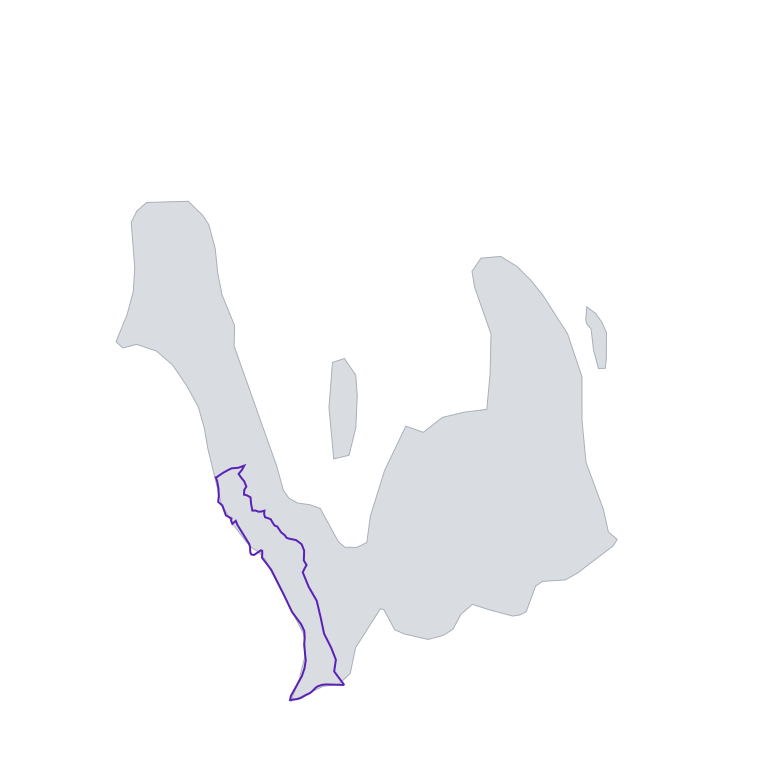 Haiti, with Sud-Est highlighted, rotated 64°
{"feature_id": "HTI-1389", "entity_name": "Sud-Est", "entity_type": "Department", "adm_level": 1, "iso_a3": "HTI", "parent_name": "Haiti", "parent_adm1": "", "projection": "robinson", "projection_center": [-72.47, 18.22], "detail": "fine", "context": "in_parent", "style": "outline", "palette": "violet", "viewbox_px": 768, "rotation_deg": 64, "n_neighbors": 0, "source": "natural_earth", "source_scale": "10m", "svg_char_len": 2761}
<svg xmlns="http://www.w3.org/2000/svg" viewBox="0 0 768 768"><g transform="rotate(64 384 384)"><path d="M625.9,242.6L630.0,249.1L638.7,292.8L639.6,306.8L630.9,328.0L632.1,336.4L650.9,355.9L651.2,362.9L649.0,370.0L633.0,388.5L620.8,401.2L624.7,415.8L634.7,429.6L635.9,441.1L632.9,456.4L617.6,475.3L609.6,482.1L586.9,483.0L584.4,485.7L595.7,504.2L608.5,525.1L629.4,541.3L634.1,556.6L629.1,571.2L628.3,606.9L612.3,589.6L594.7,575.0L584.1,569.4L573.2,565.8L489.4,567.7L480.1,570.2L472.8,574.9L464.9,577.2L441.9,581.5L419.0,582.5L365.5,570.8L344.3,564.7L323.0,560.9L298.5,562.2L274.1,565.7L254.6,574.1L239.9,589.0L237.2,602.8L228.5,606.3L208.8,584.3L190.8,568.7L170.2,557.0L127.8,540.3L120.1,530.1L116.8,517.8L134.0,479.8L153.4,472.9L164.1,471.6L188.1,476.3L211.6,484.9L233.0,490.5L266.1,492.7L284.1,502.1L411.3,516.5L435.5,521.1L444.9,519.5L453.1,513.8L460.0,503.6L467.8,495.9L505.6,494.2L513.5,490.8L519.0,480.1L518.9,468.9L496.7,454.1L462.0,421.4L431.5,382.9L444.6,369.9L439.6,346.2L444.5,324.2L451.8,302.7L421.6,284.3L386.0,265.9L336.5,260.1L321.3,255.5L313.4,241.7L320.5,223.2L336.6,213.0L355.0,206.6L373.8,202.3L419.2,197.0L464.3,202.9L503.3,221.9L542.9,236.8L592.9,241.8L615.4,247.2L625.9,242.6ZM432.7,446.7L429.3,462.0L381.1,443.8L342.0,420.8L343.7,408.4L363.6,405.5L382.8,413.2L411.0,428.5L432.7,446.7ZM459.2,173.3L466.9,178.3L464.0,184.5L445.0,180.7L425.3,173.7L418.9,175.5L414.9,174.6L403.5,167.9L413.6,162.8L424.0,161.1L435.3,161.5L459.2,173.3Z" fill="#d9dde1" stroke="#a8b0b8" stroke-width="1"/><path d="M637.2,551.6L637.0,551.8L628.7,567.6L627.2,571.7L626.7,576.0L626.9,578.0L629.0,584.2L629.4,586.7L629.3,590.3L629.7,596.6L629.1,600.3L626.8,606.9L623.7,604.6L610.5,585.8L604.7,580.1L598.1,575.5L583.2,570.0L577.1,566.4L571.0,563.9L563.6,563.8L548.5,566.6L528.9,566.4L501.4,566.8L486.6,569.8L482.8,567.6L480.5,566.6L479.5,567.5L480.7,575.8L479.0,578.0L476.8,578.0L471.6,575.8L468.7,575.3L446.5,577.5L442.0,577.2L442.3,578.2L442.9,580.6L443.2,581.6L440.4,581.4L439.3,581.1L438.0,580.0L432.8,583.7L422.3,582.6L417.2,584.7L412.3,581.6L405.6,578.7L398.5,576.6L394.2,576.1L394.4,575.1L393.8,571.3L393.3,567.5L393.0,562.7L393.0,557.9L395.4,551.8L396.1,545.4L398.9,549.3L401.1,554.1L405.1,553.5L410.2,552.3L413.1,552.5L415.9,552.7L418.0,556.1L422.1,558.3L424.2,555.8L427.4,553.7L433.8,556.1L440.1,557.8L441.5,554.8L443.8,552.8L444.9,550.1L445.4,547.0L448.4,548.8L451.6,549.3L453.7,547.1L455.9,545.1L459.6,544.9L463.2,544.4L465.3,542.4L467.8,542.1L472.2,541.5L476.8,539.3L479.1,539.2L481.0,537.6L485.7,531.5L491.9,528.3L498.7,528.8L503.7,531.4L507.3,533.4L512.8,533.0L515.1,536.4L517.7,539.6L533.3,540.6L549.4,539.5L565.8,543.2L582.1,547.3L598.0,547.1L610.7,548.1L620.5,554.8L637.0,551.7L637.2,551.6Z" fill="none" stroke="#5b21b6" stroke-width="2"/></g></svg>